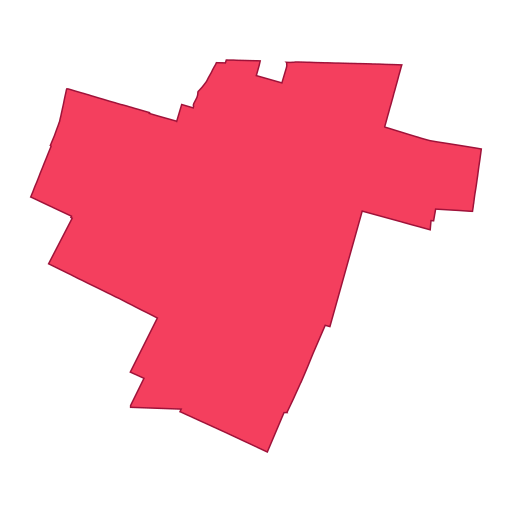 Valcelele, Calarasi, Romania (Mercator projection)
{"feature_id": "2599482B65802479293410", "entity_name": "Valcelele", "entity_type": "district", "adm_level": 2, "iso_a3": "ROU", "parent_name": "Romania", "parent_adm1": "Calarasi", "projection": "mercator", "projection_center": [27.174, 44.384], "detail": "fine", "context": "isolated", "style": "filled", "palette": "rose", "viewbox_px": 512, "rotation_deg": 0, "n_neighbors": 0, "source": "geoboundaries", "source_scale": "gbopen_adm2", "svg_char_len": 3728}
<svg xmlns="http://www.w3.org/2000/svg" viewBox="0 0 512 512"><path d="M180.0,411.7L180.8,412.0L186.0,414.4L201.3,421.4L222.6,431.1L244.9,441.5L267.3,452.0L284.0,412.6L287.1,412.6L287.0,412.4L287.0,412.1L287.1,411.9L287.3,411.7L293.3,399.1L296.5,392.0L298.6,387.4L300.7,382.7L300.9,382.5L301.0,382.3L304.6,373.9L308.1,365.6L310.6,359.4L313.1,353.3L317.0,344.3L325.2,325.3L329.9,326.6L348.9,258.6L362.2,211.1L396.2,220.4L410.1,224.3L430.2,229.8L430.6,225.2L431.0,220.6L432.3,220.7L433.6,220.8L434.5,215.7L434.6,214.9L435.0,212.9L435.6,209.1L437.4,209.2L454.3,210.2L457.9,210.4L469.5,211.2L471.8,211.3L472.5,211.3L472.6,210.6L472.8,209.2L473.2,206.7L473.3,205.6L473.5,204.1L473.6,203.8L474.4,197.5L474.9,193.9L475.3,191.5L475.7,189.1L476.1,186.5L476.5,183.8L476.8,181.6L477.1,179.4L477.6,176.1L478.0,172.9L478.9,166.2L479.9,159.5L480.3,156.5L480.7,153.6L481.0,151.3L481.3,149.0L476.8,148.2L472.5,147.5L460.2,145.5L447.6,143.5L437.2,141.9L433.2,141.2L430.2,140.7L427.1,139.9L421.8,138.4L408.9,134.5L399.9,131.7L395.6,130.4L389.9,128.6L385.9,127.4L385.2,127.3L385.0,127.2L384.9,127.1L384.8,126.9L384.7,126.8L384.7,126.7L385.1,125.3L386.1,121.7L386.9,118.8L387.5,116.5L388.9,111.6L389.8,108.1L390.4,106.1L391.0,104.1L392.2,99.7L393.0,96.9L393.9,93.3L394.8,90.3L395.9,86.2L397.0,82.3L397.7,79.7L398.5,76.7L398.8,75.5L400.0,71.3L401.2,66.9L401.8,64.9L393.8,64.6L385.8,64.4L379.2,64.1L377.1,64.1L374.8,64.0L372.2,64.0L371.3,63.9L367.6,63.8L363.9,63.7L359.3,63.6L357.3,63.6L355.2,63.5L349.5,63.4L346.0,63.3L342.0,63.2L339.0,63.1L335.9,63.1L333.2,63.0L330.4,62.9L326.7,62.8L324.6,62.8L321.7,62.7L320.2,62.7L319.1,62.6L317.2,62.6L314.2,62.5L309.8,62.3L307.6,62.3L305.0,62.2L301.6,62.1L297.6,62.0L296.4,62.0L295.9,62.0L295.5,62.0L295.2,62.0L294.9,62.1L294.4,62.2L293.4,62.3L292.4,62.3L290.7,62.4L288.8,62.4L286.4,62.3L286.6,62.5L286.7,62.9L286.7,64.2L286.8,65.6L286.6,66.9L286.2,68.4L281.9,82.9L256.3,75.6L259.1,65.7L260.2,60.9L258.5,60.8L253.4,60.7L249.3,60.6L245.8,60.5L241.8,60.4L237.1,60.3L233.8,60.1L229.4,60.1L226.3,60.0L225.9,61.3L225.4,62.9L216.4,62.7L215.5,64.7L214.3,66.7L212.6,69.8L211.5,72.2L208.4,77.7L207.0,80.5L206.5,81.4L205.9,82.3L202.1,87.2L199.1,90.5L198.1,91.5L197.9,92.3L197.8,93.8L197.6,95.2L196.9,97.5L194.8,101.6L193.9,103.3L193.3,105.1L193.6,106.2L193.2,107.9L181.7,104.5L176.7,121.3L176.6,121.2L170.9,119.6L164.8,117.9L157.7,115.9L152.6,114.4L149.2,113.4L149.5,112.6L142.9,110.7L138.1,109.3L134.8,108.4L131.6,107.4L129.0,106.7L127.2,106.1L122.4,104.8L120.8,104.5L119.2,104.0L116.8,103.3L115.0,102.7L112.4,102.0L109.2,101.1L106.9,100.4L103.0,99.2L98.4,97.9L96.5,97.3L93.5,96.4L90.7,95.6L90.2,95.4L88.7,94.9L86.5,94.3L83.9,93.5L81.3,92.8L78.2,91.9L74.1,90.7L71.9,90.0L70.2,89.5L68.4,89.0L68.2,89.0L68.0,88.9L67.5,88.9L67.1,88.9L66.9,88.8L66.7,89.0L66.4,89.9L66.0,91.9L65.4,94.6L64.8,97.3L64.1,100.7L63.6,103.3L63.0,106.1L62.4,108.7L61.9,111.1L61.4,113.3L60.9,115.8L60.2,118.6L59.8,120.5L59.6,121.5L59.2,122.4L58.7,123.9L58.0,125.9L56.7,129.3L56.1,131.0L55.3,133.2L54.5,135.5L53.5,137.9L51.2,143.4L50.7,144.7L50.3,145.4L51.1,146.2L50.6,147.5L49.7,149.7L49.1,151.2L48.0,153.9L46.7,157.2L45.4,160.4L44.0,163.8L42.6,167.4L41.4,170.3L40.1,173.5L39.1,176.2L38.0,179.0L36.7,182.3L35.3,185.5L34.3,188.0L33.4,190.4L32.8,192.0L31.7,194.6L31.0,196.4L30.7,197.0L71.5,216.2L70.9,217.5L72.2,218.2L48.6,263.8L61.0,269.9L62.9,270.8L67.1,272.9L71.1,274.8L73.9,276.3L78.8,278.8L81.7,280.1L87.6,283.1L90.3,284.4L95.5,286.9L101.8,290.0L107.4,292.8L110.8,294.4L115.6,296.9L118.6,298.2L128.0,303.1L129.5,303.8L130.4,304.3L131.7,304.9L136.2,307.3L141.7,310.1L146.0,312.2L153.7,316.1L157.0,317.8L157.4,318.0L130.3,372.1L144.0,378.3L130.6,405.5L130.6,407.3L181.2,409.1L180.0,411.7Z" fill="#f43f5e" stroke="#9f1239" stroke-width="1.5"/></svg>